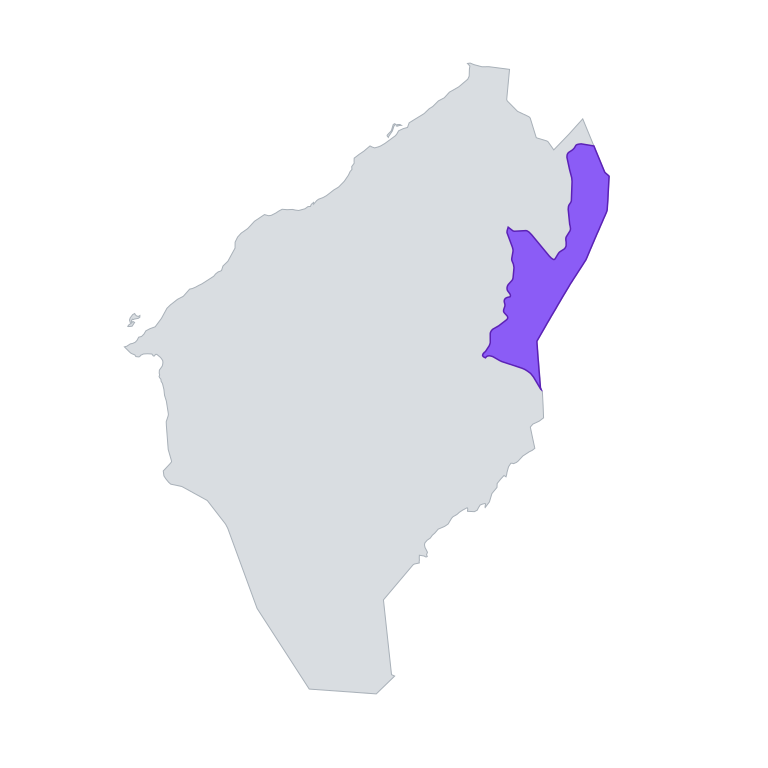 Al Hudud ash Shamaliyah highlighted on a map of Saudi Arabia, rotated 82°
{"feature_id": "SAU-861", "entity_name": "Al Hudud ash Shamaliyah", "entity_type": "Region", "adm_level": 1, "iso_a3": "SAU", "parent_name": "Saudi Arabia", "parent_adm1": "", "projection": "orthographic", "projection_center": [42.216, 29.79], "detail": "fine", "context": "in_parent", "style": "filled", "palette": "violet", "viewbox_px": 768, "rotation_deg": 82, "n_neighbors": 0, "source": "natural_earth", "source_scale": "10m", "svg_char_len": 6921}
<svg xmlns="http://www.w3.org/2000/svg" viewBox="0 0 768 768"><g transform="rotate(82 384 384)"><path d="M588.6,540.9L505.2,558.8L500.7,560.4L474.8,575.2L457.4,598.4L453.5,609.1L451.4,610.9L447.8,613.1L444.5,614.7L439.4,614.7L433.1,606.9L431.5,605.2L430.1,605.2L418.8,606.8L395.0,605.3L391.0,604.9L385.8,602.3L384.4,601.8L383.0,601.7L370.7,601.9L364.6,602.9L358.7,602.7L352.6,603.3L350.5,604.3L348.1,604.3L346.6,605.3L345.3,605.7L343.8,604.9L341.9,605.1L339.0,604.5L337.2,602.8L335.5,601.2L333.7,600.4L331.7,599.9L330.0,599.9L327.8,600.9L326.4,601.8L323.0,604.9L322.9,606.0L324.4,607.8L324.0,608.6L322.0,609.7L321.4,612.6L321.1,614.2L320.8,618.0L321.7,621.0L322.9,622.1L323.0,623.3L322.3,625.9L320.5,626.7L319.1,629.1L318.3,630.3L316.8,631.6L311.1,635.9L310.8,633.4L309.0,629.7L308.8,627.1L308.0,624.5L306.4,622.5L303.5,620.4L303.2,617.5L301.1,614.7L298.2,612.4L296.7,608.2L295.5,602.6L288.1,595.3L278.8,588.4L276.0,584.6L271.4,576.7L269.2,570.5L263.0,563.3L262.8,560.6L261.9,557.2L260.5,553.5L259.6,550.6L253.6,537.6L251.6,535.5L249.9,532.6L249.5,530.4L249.0,529.1L244.7,527.0L240.7,521.5L228.7,512.6L222.8,511.7L218.1,508.5L214.7,504.4L211.1,497.3L204.8,489.6L199.6,478.8L201.3,474.9L201.3,472.2L199.7,467.5L198.0,463.9L196.8,460.5L197.9,455.7L198.4,450.3L199.5,447.4L200.3,444.3L199.5,437.9L197.7,434.5L198.0,432.2L196.0,431.0L194.4,428.5L196.1,428.6L193.0,425.1L191.9,423.1L190.9,418.4L189.5,414.8L184.8,406.6L182.7,401.6L177.7,395.1L172.3,390.2L168.8,387.9L167.1,385.9L164.2,385.7L161.2,382.8L159.0,382.6L156.2,382.1L153.1,376.6L150.6,371.5L146.3,364.7L147.5,363.1L148.9,360.4L148.4,356.7L147.8,354.2L145.9,349.6L139.7,338.1L138.1,336.4L135.3,334.3L133.8,329.4L133.2,325.0L128.8,322.7L121.8,306.6L117.6,300.8L116.0,297.1L111.2,290.7L109.0,284.5L104.1,278.6L100.2,268.7L93.8,258.6L91.0,256.8L84.0,255.6L81.1,254.7L78.2,256.7L78.2,254.0L80.3,250.4L83.5,242.8L84.4,235.9L89.9,215.9L119.3,222.9L120.8,222.6L132.6,213.8L139.5,203.3L141.0,202.2L161.0,199.0L161.6,198.4L166.0,188.9L166.4,188.4L167.0,187.8L175.8,183.3L162.6,166.4L149.1,150.3L204.4,136.1L205.3,135.7L209.5,132.1L233.4,136.8L242.7,138.8L245.7,140.3L289.2,166.8L310.9,185.5L362.6,226.4L363.3,226.7L409.4,229.5L414.3,228.3L427.0,229.4L439.7,230.7L442.4,235.5L443.4,238.8L444.4,242.1L447.0,245.1L457.7,244.4L468.7,243.6L470.4,246.6L471.3,249.5L474.6,256.5L479.0,261.9L480.1,263.8L480.9,266.9L480.3,268.0L480.1,269.4L483.3,272.2L488.6,274.5L490.6,275.1L492.9,276.1L491.3,277.9L494.5,281.8L498.3,285.8L502.1,286.5L507.5,292.4L515.4,296.0L520.4,301.0L520.0,301.1L518.6,300.7L516.8,300.1L516.4,300.8L516.6,303.0L517.2,305.6L519.7,307.7L521.9,309.2L523.0,312.2L521.7,319.0L521.1,319.0L520.0,318.5L518.8,318.5L518.1,318.9L519.8,323.6L521.5,327.2L523.4,330.0L525.0,334.1L526.4,335.8L531.6,340.0L533.4,343.7L535.3,350.6L538.6,354.3L540.5,357.2L543.0,359.6L544.7,363.0L546.9,365.5L548.1,366.1L549.7,366.3L551.8,366.1L554.2,365.2L556.7,364.4L558.9,365.6L560.9,365.2L561.2,366.5L559.9,368.3L558.5,372.8L561.0,373.3L563.4,373.5L565.1,374.0L566.1,373.9L566.2,374.8L566.5,379.0L567.2,380.5L597.7,414.6L672.6,417.0L673.0,416.8L674.7,414.1L689.8,434.8L675.7,500.5L588.6,540.9ZM286.1,625.2L288.4,625.4L287.5,624.4L287.2,623.9L288.3,622.4L291.7,625.4L291.6,628.9L291.3,629.7L290.4,629.0L289.8,628.2L289.6,627.4L288.6,626.6L285.3,627.1L283.3,626.2L280.3,623.2L279.5,621.1L280.8,620.6L282.1,619.6L282.9,617.9L282.2,616.2L283.9,616.5L284.8,618.3L285.0,622.4L285.3,623.2L284.8,624.1L286.1,625.2ZM138.9,346.3L138.1,346.3L136.2,344.0L135.0,342.4L133.9,341.3L128.4,338.8L127.7,337.4L128.6,336.0L129.2,337.4L130.1,338.3L134.6,340.5L139.6,345.0L140.4,345.4L138.9,346.3ZM130.5,335.3L130.2,335.8L129.0,334.6L129.2,332.1L130.3,330.8L130.1,332.7L130.5,334.6L130.5,335.3Z" fill="#d9dde1" stroke="#a8b0b8" stroke-width="1"/><path d="M209.8,132.2L215.2,133.3L220.5,134.3L225.9,135.4L231.3,136.4L233.4,136.8L242.7,138.8L244.2,139.4L245.7,140.3L248.5,142.0L250.8,143.5L253.2,144.9L255.6,146.4L258.0,147.9L260.4,149.3L262.8,150.8L265.1,152.3L267.5,153.7L269.9,155.2L272.3,156.6L274.7,158.1L277.1,159.5L279.5,161.0L281.9,162.4L284.4,163.9L286.8,165.3L289.2,166.8L291.0,168.4L293.4,170.4L295.7,172.4L298.0,174.4L300.4,176.5L303.0,178.7L305.6,181.0L308.3,183.3L308.8,183.7L310.9,185.6L313.9,187.9L316.3,189.9L318.8,191.9L321.2,193.9L323.7,195.9L326.9,198.4L330.1,201.0L333.4,203.5L336.6,206.1L338.0,207.2L339.8,208.7L343.1,211.2L346.3,213.8L349.6,216.3L352.3,218.4L355.0,220.5L357.7,222.6L360.4,224.7L362.6,226.4L362.8,226.5L363.1,226.6L363.3,226.7L365.9,226.9L368.1,227.0L370.4,227.2L372.6,227.3L374.8,227.5L377.7,227.7L380.6,227.9L383.5,228.0L386.4,228.2L389.2,228.4L392.1,228.6L395.0,228.7L397.9,228.9L400.0,229.0L402.2,229.2L404.3,229.3L406.5,229.4L409.4,229.6L410.6,229.3L411.4,229.1L411.0,229.5L397.9,235.0L394.0,237.3L391.3,240.0L389.2,242.5L387.6,245.1L378.2,264.2L376.8,266.3L372.2,272.2L371.6,273.3L370.9,275.1L370.7,276.0L370.7,276.6L370.7,277.2L370.8,277.8L371.0,278.4L371.8,279.5L372.2,279.9L371.0,281.6L370.5,282.0L369.7,282.4L369.1,282.3L368.5,282.0L367.9,281.7L367.5,281.1L367.4,281.1L367.3,280.9L366.7,280.4L366.3,279.5L365.6,278.7L360.8,274.5L360.1,274.1L358.8,273.4L357.8,273.0L349.0,271.8L348.2,271.6L347.3,271.1L346.5,270.5L345.8,269.9L344.8,268.5L342.3,262.2L337.4,253.6L336.9,253.0L336.3,252.5L335.5,252.2L334.5,252.3L333.7,252.6L330.5,254.8L329.3,255.4L328.7,255.5L328.0,255.4L326.9,255.1L323.8,253.5L323.1,253.3L322.1,253.2L319.3,253.5L318.5,253.4L317.7,253.2L316.8,252.6L316.1,251.9L315.7,250.9L315.5,250.2L315.4,249.8L315.2,247.4L315.2,247.1L314.9,246.8L314.3,246.5L313.3,246.5L312.5,246.7L311.7,247.1L309.5,248.3L308.7,248.7L307.8,248.9L306.9,248.9L305.9,248.8L304.5,248.3L303.5,247.7L302.7,247.0L299.2,242.8L298.6,242.3L298.0,241.9L296.7,241.4L287.0,239.1L286.3,239.1L283.3,239.2L279.8,240.1L279.1,240.2L278.4,240.2L277.4,240.0L270.6,237.8L269.6,237.6L268.5,237.6L266.5,237.8L251.5,241.1L250.8,241.1L249.2,240.7L246.0,239.2L250.0,235.3L250.5,234.7L250.7,234.1L250.9,233.6L250.9,233.4L251.8,222.7L251.9,222.0L252.1,221.3L252.5,220.7L253.1,220.0L253.7,219.3L256.8,217.0L280.2,202.6L282.6,200.8L283.8,199.5L284.3,198.8L284.4,198.2L284.2,197.6L283.7,197.0L279.6,193.7L278.2,192.4L277.7,191.7L277.0,190.3L275.7,187.4L275.4,186.8L274.7,185.9L274.1,185.4L273.1,184.7L272.3,184.4L269.0,183.9L266.8,183.9L265.3,183.7L264.3,183.4L263.6,183.0L258.1,178.4L257.2,178.0L256.2,177.7L253.4,177.7L251.8,177.9L236.7,177.3L234.1,176.7L233.2,176.3L232.5,175.9L230.5,174.1L229.8,173.6L229.2,173.2L228.3,172.9L209.7,169.6L206.0,169.4L197.5,170.4L185.2,171.3L183.9,171.1L182.7,170.8L182.1,170.5L181.5,170.1L180.9,169.6L180.4,169.0L179.6,167.3L179.1,166.2L178.4,164.8L177.5,163.5L176.7,162.6L174.4,160.8L174.0,160.2L173.8,159.7L173.8,159.3L173.7,159.1L173.6,158.2L173.6,156.2L173.7,155.1L177.5,143.0L182.7,141.7L188.9,140.1L195.1,138.5L201.3,136.9L204.4,136.1L205.4,135.7L208.7,132.8L209.2,132.4L209.5,132.3L209.7,132.2L209.8,132.2Z" fill="#8b5cf6" stroke="#5b21b6" stroke-width="1.5"/></g></svg>